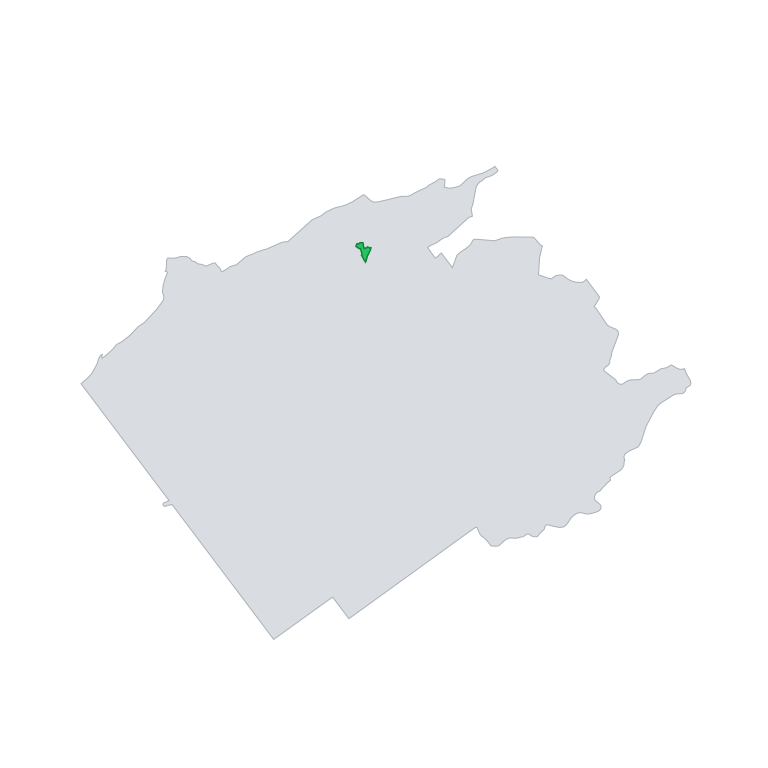 Al Mafaza, Gedarif, Sudan (highlighted), rotated 233°
{"feature_id": "16777658B27903182599838", "entity_name": "Al Mafaza", "entity_type": "district", "adm_level": 2, "iso_a3": "SDN", "parent_name": "Sudan", "parent_adm1": "Gedarif", "projection": "equal_earth", "projection_center": [34.504, 13.606], "detail": "fine", "context": "in_parent", "style": "filled", "palette": "green", "viewbox_px": 768, "rotation_deg": 233, "n_neighbors": 0, "source": "geoboundaries", "source_scale": "gbopen_adm2", "svg_char_len": 4601}
<svg xmlns="http://www.w3.org/2000/svg" viewBox="0 0 768 768"><g transform="rotate(233 384 384)"><path d="M491.1,603.5L485.9,603.5L485.3,601.9L485.4,597.4L486.0,594.0L487.9,588.6L487.4,585.6L487.7,581.4L486.3,576.7L473.9,562.9L471.5,559.1L464.8,555.6L466.0,551.8L463.3,523.6L464.7,520.4L465.1,515.5L465.1,511.2L466.7,504.0L466.8,500.9L453.7,500.7L453.5,503.8L454.1,507.3L454.1,508.6L435.7,508.7L443.0,519.8L443.3,524.6L442.9,530.6L443.0,534.5L443.4,537.0L445.4,541.9L445.2,542.9L444.8,544.0L431.7,558.7L429.5,565.6L427.8,569.2L424.0,575.2L412.0,590.9L410.0,592.0L401.0,592.5L400.1,592.9L399.4,593.6L399.0,593.5L391.2,584.2L378.2,573.1L369.6,578.9L367.2,581.0L367.1,586.4L365.8,589.1L363.5,592.1L357.0,594.0L353.7,595.6L349.7,598.6L345.8,603.6L345.5,606.2L345.9,608.6L323.9,608.5L322.4,606.6L319.3,598.3L317.0,598.8L296.9,597.8L294.0,598.7L288.3,602.1L285.4,602.7L282.4,601.1L272.0,584.7L269.7,582.8L267.3,578.8L265.1,577.1L264.4,575.9L264.1,574.1L264.2,570.5L263.5,568.3L261.8,567.8L247.6,571.6L245.6,571.1L242.6,571.8L241.6,572.5L240.3,574.6L240.1,579.1L239.7,581.4L238.6,583.9L234.5,589.4L233.5,591.8L233.7,598.0L233.4,601.1L232.7,602.5L231.0,604.9L230.3,606.2L229.5,614.1L227.3,618.8L226.7,620.5L226.6,623.9L226.2,625.0L219.7,627.7L217.3,629.4L215.8,632.1L215.4,633.3L212.7,632.3L209.2,631.6L202.5,630.8L199.8,629.5L198.6,627.6L199.0,622.9L198.4,621.9L197.3,621.0L196.6,619.0L196.8,616.5L200.4,611.0L201.1,608.0L202.2,594.2L202.0,590.0L199.3,582.3L193.0,569.0L191.5,566.4L183.6,555.4L182.7,553.8L180.8,549.2L183.0,539.0L183.2,536.2L182.7,533.3L180.7,531.2L178.9,530.9L176.6,528.2L175.0,527.0L173.7,524.6L172.8,521.3L173.6,509.3L173.2,507.8L171.1,507.3L170.7,506.5L170.8,504.2L169.8,497.4L168.6,491.8L169.4,488.7L167.7,484.5L164.5,482.6L158.0,484.0L156.0,483.8L154.7,483.0L153.7,481.5L153.3,479.6L153.8,476.9L155.7,471.8L158.0,467.7L162.7,463.9L164.0,461.9L164.7,459.6L164.9,457.1L164.6,454.4L164.2,451.9L162.9,448.6L161.7,444.8L161.7,442.2L162.3,440.4L163.6,438.1L168.3,433.7L173.0,430.1L173.8,428.8L173.6,427.3L171.5,424.3L170.9,418.5L169.8,414.5L172.2,411.4L174.0,410.3L176.8,409.4L177.9,408.1L178.2,405.7L178.2,403.3L179.2,401.6L180.6,397.9L181.7,396.2L185.3,391.9L186.2,389.1L186.5,386.4L185.7,378.2L187.8,374.8L190.5,371.9L194.3,372.1L200.1,371.5L204.2,370.3L207.0,370.4L213.5,371.9L214.2,371.2L214.6,369.1L217.7,214.7L244.4,214.7L244.8,214.5L246.4,142.2L414.1,142.2L415.5,142.0L418.2,135.2L419.3,134.7L421.1,135.1L421.6,136.7L420.2,142.2L566.6,142.2L567.0,150.4L568.2,157.0L572.4,166.4L576.0,171.5L577.2,174.3L577.4,175.6L577.2,176.8L576.1,175.4L574.3,174.5L574.1,178.9L575.0,188.0L576.5,194.3L575.5,200.2L575.7,210.2L577.7,222.1L577.3,229.8L580.5,247.6L583.5,257.6L585.2,260.0L587.0,261.3L590.6,262.2L595.9,267.2L600.0,272.6L601.5,275.4L603.6,278.4L604.9,277.9L605.8,277.1L607.1,279.5L613.7,284.9L614.7,287.4L612.4,289.8L609.7,294.0L608.4,297.9L607.7,299.1L605.5,301.6L605.1,302.8L604.2,303.5L603.2,303.6L600.9,304.9L598.9,304.5L596.9,305.2L596.1,306.2L594.5,307.0L592.3,307.4L588.9,310.7L585.9,312.3L584.9,313.6L583.4,320.2L582.3,322.0L577.8,322.1L575.7,322.7L572.7,322.0L571.3,322.1L570.9,323.5L570.4,329.1L570.5,331.5L568.0,338.0L568.8,350.1L566.4,359.1L566.1,361.2L563.7,368.4L562.5,371.1L559.4,384.5L558.2,388.6L555.6,393.0L558.4,425.3L556.2,435.2L556.3,440.7L554.8,448.7L553.6,452.4L551.6,456.8L549.9,461.8L548.5,468.4L547.6,480.9L547.1,482.0L539.2,483.6L536.7,484.4L535.0,485.8L533.0,489.0L529.0,497.8L526.8,503.2L523.5,510.6L519.7,515.8L518.8,518.3L518.2,523.1L516.8,530.6L515.5,535.9L515.7,540.2L514.5,547.6L514.7,551.2L513.3,553.2L511.5,555.1L510.3,555.6L504.7,550.6L500.9,554.1L498.4,558.9L496.5,563.8L497.6,574.1L497.5,576.3L497.0,578.8L493.3,588.9L492.2,593.5L491.1,601.6L491.1,603.5Z" fill="#d9dde1" stroke="#a8b0b8" stroke-width="1"/><path d="M501.1,456.3L500.3,455.1L503.4,453.4L503.3,453.1L503.3,452.9L503.3,452.7L503.3,452.4L503.2,452.2L503.3,451.6L503.5,451.3L503.6,451.1L503.8,451.0L503.9,450.9L504.0,450.6L504.0,450.2L504.1,449.9L504.2,449.7L504.3,449.7L505.8,450.3L509.4,452.2L509.6,452.1L510.2,451.3L510.7,450.7L511.3,449.9L511.2,449.7L511.1,449.0L511.4,447.8L511.9,447.1L512.0,447.2L512.3,447.0L512.2,446.8L512.1,446.7L511.9,446.0L511.0,444.7L510.8,444.4L507.4,445.5L506.3,446.5L505.4,446.2L503.7,445.7L501.8,445.0L500.5,444.3L500.4,443.5L499.1,443.4L498.7,443.4L498.2,443.3L496.5,443.0L494.9,442.7L493.7,442.8L492.8,442.6L492.5,442.5L492.6,442.9L492.8,443.1L492.9,443.3L493.1,443.6L493.1,443.9L493.3,444.0L496.2,447.8L496.5,448.4L496.9,449.4L497.5,450.5L499.3,453.9L500.0,454.8L500.3,455.1L501.1,456.3Z" fill="#22c55e" stroke="#15803d" stroke-width="1.5"/></g></svg>